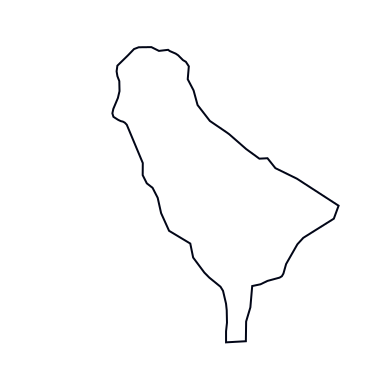 the border of Chirang, rotated 124°
{"feature_id": "BTN-2481", "entity_name": "Chirang", "entity_type": "District", "adm_level": 1, "iso_a3": "BTN", "parent_name": "Bhutan", "parent_adm1": "", "projection": "orthographic", "projection_center": [90.138, 26.993], "detail": "fine", "context": "isolated", "style": "outline", "palette": "ink", "viewbox_px": 384, "rotation_deg": 124, "n_neighbors": 0, "source": "natural_earth", "source_scale": "10m", "svg_char_len": 990}
<svg xmlns="http://www.w3.org/2000/svg" viewBox="0 0 384 384"><g transform="rotate(124 192 192)"><path d="M134.8,59.5L167.7,74.1L176.4,75.4L199.1,73.7L208.5,70.6L211.6,70.4L214.0,71.5L223.5,79.7L230.2,83.6L236.3,89.5L255.0,79.1L269.1,74.7L285.6,63.9L297.6,79.7L288.4,85.9L280.8,89.9L270.6,97.1L265.6,101.3L256.6,111.0L254.6,115.4L253.3,129.8L251.9,136.7L245.7,154.4L235.7,164.6L237.0,189.3L226.8,205.8L216.0,217.2L210.6,227.0L210.1,234.3L205.6,242.3L195.5,249.0L172.7,283.7L172.1,286.5L172.3,288.7L173.0,290.5L173.3,292.2L173.5,294.0L173.6,299.2L171.3,302.0L167.1,303.7L155.5,306.0L148.9,308.5L140.7,314.3L137.7,318.6L134.1,322.0L129.0,324.5L114.5,321.5L105.9,320.0L101.8,317.1L94.6,306.7L93.5,298.3L87.5,291.3L87.6,289.3L86.4,282.9L86.4,279.9L87.7,273.3L87.5,269.9L89.6,264.9L100.9,258.6L106.9,247.5L116.8,236.0L123.1,216.9L123.2,196.0L123.3,193.5L126.1,171.1L126.7,154.8L121.8,148.3L125.6,136.2L122.3,112.5L121.4,62.8L134.8,59.5Z" fill="none" stroke="#020617" stroke-width="2"/></g></svg>